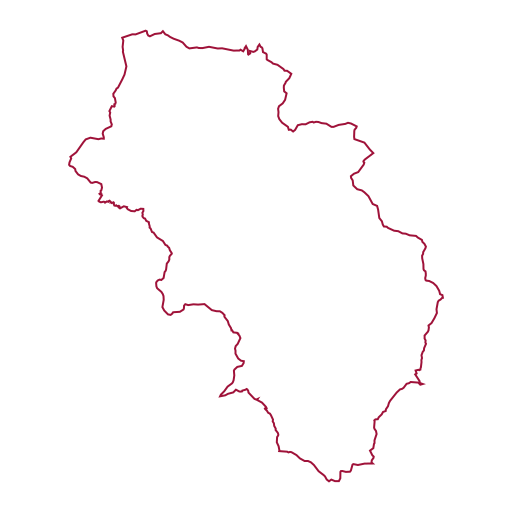 outline of Vama Buzaului, Brasov, Romania
{"feature_id": "2599482B50417013546573", "entity_name": "Vama Buzaului", "entity_type": "district", "adm_level": 2, "iso_a3": "ROU", "parent_name": "Romania", "parent_adm1": "Brasov", "projection": "albers", "projection_center": [25.997, 45.566], "detail": "fine", "context": "isolated", "style": "outline", "palette": "rose", "viewbox_px": 512, "rotation_deg": 0, "n_neighbors": 0, "source": "geoboundaries", "source_scale": "gbopen_adm2", "svg_char_len": 6011}
<svg xmlns="http://www.w3.org/2000/svg" viewBox="0 0 512 512"><path d="M385.7,411.0L385.9,409.3L388.0,406.2L388.9,403.0L390.1,400.8L396.7,392.5L400.0,389.4L402.0,388.9L403.6,387.8L406.6,383.8L409.0,383.2L410.7,382.0L418.3,382.6L420.3,384.7L422.7,384.0L419.9,383.0L419.5,381.0L415.2,374.4L416.6,373.5L415.6,370.5L418.4,369.8L419.2,370.2L420.4,369.6L420.3,368.9L420.9,367.3L421.5,362.2L421.4,360.0L422.0,358.1L421.5,355.2L422.8,351.7L423.9,350.5L424.1,348.2L426.0,343.8L425.4,342.6L425.6,340.4L424.6,338.6L424.6,335.5L427.9,331.7L428.5,330.3L428.9,327.4L428.5,325.5L431.5,323.1L434.4,318.2L436.9,313.0L436.5,309.2L437.8,302.1L438.7,300.6L440.5,299.6L442.0,298.0L442.9,297.8L442.4,295.1L440.1,294.2L439.2,290.8L436.5,286.1L433.2,283.0L429.2,281.0L426.2,280.6L425.5,279.9L425.2,278.1L425.8,275.6L425.8,273.7L425.5,271.4L424.0,270.3L423.5,269.1L423.4,264.1L422.2,258.3L422.1,255.7L423.1,253.9L423.2,252.1L425.4,248.3L425.9,246.6L424.4,243.8L422.4,241.9L421.9,239.9L417.9,237.6L416.0,235.9L409.6,235.3L405.8,233.7L402.4,233.4L398.3,231.2L394.1,230.7L388.0,227.9L386.7,226.7L383.9,226.5L382.8,224.6L381.9,221.3L379.3,218.0L378.1,209.6L377.1,205.9L372.7,204.0L368.4,196.1L364.4,192.3L361.8,190.4L357.2,189.2L353.3,185.5L352.7,180.4L351.1,177.9L350.9,176.2L354.0,173.7L358.2,172.1L363.7,164.6L364.3,162.7L363.4,161.7L363.6,160.9L365.0,159.4L373.3,153.1L369.8,149.5L364.4,142.6L354.4,139.1L354.1,136.9L354.3,131.0L354.6,129.7L356.2,127.9L356.7,126.4L351.0,123.5L348.0,122.8L345.3,123.9L338.7,124.9L333.5,126.9L331.5,126.9L326.4,123.7L321.5,123.1L318.5,122.0L316.0,121.8L313.7,122.5L312.6,121.8L309.6,122.3L305.6,124.3L301.8,124.2L297.8,125.2L295.1,129.9L293.1,131.5L290.7,129.6L288.8,129.8L287.9,126.8L282.1,122.7L279.3,119.1L278.2,116.1L278.5,112.2L278.1,108.8L279.0,106.2L282.7,103.4L285.1,99.8L286.6,93.3L284.2,91.4L283.8,87.8L283.9,85.6L285.6,82.7L285.8,81.8L289.3,78.2L291.3,73.8L287.1,70.8L284.5,70.7L283.5,69.1L277.5,64.8L273.0,63.6L271.5,62.2L267.3,59.9L266.7,59.3L266.7,54.7L266.2,53.7L263.0,52.1L262.4,48.3L261.7,47.3L260.6,46.8L259.4,44.5L257.7,46.9L257.3,49.5L254.8,51.4L253.3,51.9L250.0,51.0L250.2,53.4L248.4,54.6L248.1,54.3L247.8,49.8L246.0,46.1L244.8,47.9L245.1,48.1L243.2,51.3L240.5,49.7L239.5,50.5L233.5,50.6L222.1,48.3L217.7,48.5L209.0,46.8L202.4,48.1L198.8,48.0L196.9,47.4L189.4,48.4L186.5,46.8L182.7,42.5L179.2,40.7L173.6,38.7L170.0,36.9L167.8,35.3L165.3,34.3L162.9,31.2L160.9,33.2L154.7,34.0L149.9,36.3L148.2,35.5L147.2,33.6L146.8,31.3L145.6,30.7L135.6,34.4L132.3,34.3L122.2,37.7L123.3,40.5L122.6,46.9L123.1,50.4L122.9,51.8L126.4,66.4L124.5,74.6L122.3,79.3L118.0,87.6L116.5,88.6L115.7,90.4L113.3,93.8L113.5,96.4L114.9,98.1L115.7,102.4L115.3,103.8L114.3,104.3L114.7,106.0L114.3,106.6L111.8,106.2L109.4,111.1L110.2,112.5L109.6,115.6L110.6,119.5L110.6,121.4L111.8,124.4L111.3,126.3L105.7,128.9L103.2,131.2L102.7,133.7L103.8,137.3L103.8,138.7L101.2,138.5L98.4,139.2L90.4,137.7L85.7,139.4L83.4,142.2L76.3,152.3L70.4,156.8L71.2,158.4L69.5,162.4L69.1,164.8L70.1,166.0L72.7,166.8L74.6,168.5L75.2,169.1L75.5,171.0L78.1,174.4L80.9,176.0L84.2,176.7L87.2,178.3L90.7,182.6L92.3,182.9L95.1,182.0L97.1,182.1L101.3,184.1L102.0,187.6L101.3,190.3L100.6,190.9L100.8,193.0L99.5,193.8L99.8,194.3L101.5,194.4L101.4,195.5L101.8,195.6L98.5,200.9L99.2,201.6L100.9,202.3L103.7,201.7L104.8,202.0L105.1,202.6L106.9,201.4L108.2,201.8L108.5,201.2L109.5,200.7L110.5,201.7L110.5,202.4L111.7,201.9L111.3,202.4L111.7,203.0L113.5,202.3L114.0,203.0L113.7,203.9L114.3,205.5L115.3,205.8L116.2,205.3L117.3,206.2L118.8,205.8L119.5,206.4L118.8,207.5L120.0,208.4L123.8,206.3L127.0,207.1L126.7,207.9L127.7,209.2L131.1,211.0L134.7,211.3L136.6,209.8L137.9,210.2L140.7,208.7L143.3,208.9L143.4,211.0L142.4,212.8L142.8,214.8L142.4,215.6L142.5,216.6L143.8,218.2L145.1,218.6L146.2,220.8L148.9,222.2L148.9,223.5L149.7,226.3L149.6,227.6L150.6,228.5L152.0,232.0L153.6,232.6L157.0,237.4L162.9,241.0L165.4,244.9L167.3,245.7L167.7,246.6L169.1,247.8L169.9,250.3L171.6,252.9L171.8,253.7L169.9,255.8L169.3,257.1L169.3,259.6L168.6,261.3L166.8,263.6L166.1,269.4L165.7,270.7L164.6,272.1L163.6,278.0L161.3,280.0L159.7,279.6L158.0,280.3L156.6,281.7L156.1,282.9L156.4,286.4L157.2,288.3L161.4,291.9L162.8,294.1L163.5,296.1L163.7,299.9L162.4,307.1L164.2,310.5L168.0,314.4L170.6,314.9L172.4,313.5L172.8,312.5L173.7,312.2L179.9,311.8L183.5,309.5L183.9,308.4L184.1,305.6L185.3,304.2L188.2,305.1L193.4,304.3L198.1,304.6L204.5,304.1L211.8,310.1L216.4,311.2L219.9,311.3L222.3,312.8L224.6,315.2L224.3,316.0L224.6,317.0L227.8,321.1L228.8,324.5L231.0,328.1L231.5,330.4L232.1,330.3L233.4,332.4L237.1,332.8L238.1,333.4L237.8,333.8L239.4,335.6L240.4,338.1L237.7,343.9L235.7,346.1L235.0,348.7L235.5,350.6L235.5,353.7L238.2,358.5L241.0,360.7L243.8,361.2L243.6,363.1L241.9,365.9L237.3,366.9L234.5,369.5L233.9,370.7L234.3,375.4L233.6,380.2L232.9,382.1L232.1,383.3L227.6,386.6L224.2,391.3L220.9,394.6L220.1,396.3L225.3,395.3L228.0,393.8L233.3,392.4L235.9,389.7L239.3,391.5L240.7,391.6L242.0,391.4L242.3,390.6L245.6,389.7L246.5,389.0L247.3,389.4L248.2,390.8L248.5,392.6L254.5,398.9L256.3,399.6L257.6,399.0L257.0,399.9L262.0,402.6L265.9,406.8L266.7,408.4L266.3,409.0L264.5,407.9L265.2,409.1L266.9,410.7L268.2,412.8L269.9,413.6L270.9,415.1L273.0,419.6L272.7,421.4L273.9,423.3L274.2,425.9L275.7,428.6L275.6,430.0L277.8,432.8L278.3,434.4L278.2,435.4L277.1,437.1L276.8,442.3L278.6,446.2L279.4,450.4L279.2,451.1L287.2,451.7L288.4,452.4L290.0,451.9L291.5,452.2L296.5,455.1L299.9,458.4L304.6,461.0L308.0,461.0L310.9,462.3L313.9,465.0L318.6,471.2L323.8,475.2L325.0,476.4L326.7,479.5L329.0,481.3L331.3,479.6L334.9,481.1L338.9,481.1L340.3,478.3L340.4,471.9L340.9,471.1L342.3,471.0L345.9,471.9L350.0,471.7L350.9,470.5L352.5,464.7L353.3,464.1L357.9,465.0L364.6,463.6L372.7,463.5L371.5,462.4L371.8,460.3L373.5,457.9L373.7,456.6L372.3,455.2L370.0,450.6L373.3,448.2L374.0,443.9L374.5,443.1L374.5,440.3L376.6,434.0L376.0,431.0L374.4,428.7L374.1,427.5L374.6,421.4L374.3,420.4L375.4,419.4L377.8,419.2L378.7,417.3L381.7,414.4L383.0,412.0L385.7,411.0Z" fill="none" stroke="#9f1239" stroke-width="2"/></svg>